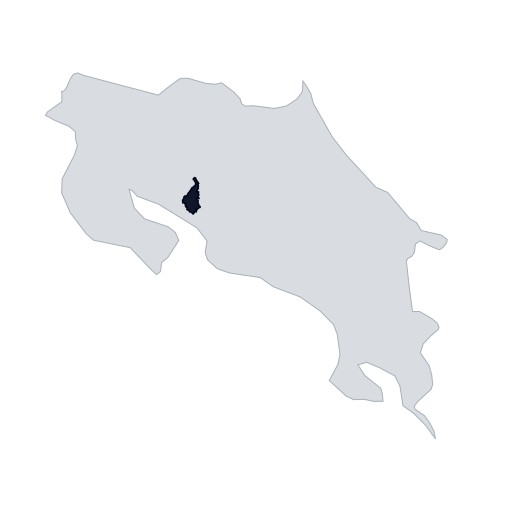 Montes de Oro, Puntarenas, Costa Rica (highlighted), rotated 353°
{"feature_id": "36466004B99490544719136", "entity_name": "Montes de Oro", "entity_type": "district", "adm_level": 2, "iso_a3": "CRI", "parent_name": "Costa Rica", "parent_adm1": "Puntarenas", "projection": "robinson", "projection_center": [-84.712, 10.146], "detail": "fine", "context": "in_parent", "style": "filled", "palette": "ink", "viewbox_px": 512, "rotation_deg": 353, "n_neighbors": 0, "source": "geoboundaries", "source_scale": "gbopen_adm2", "svg_char_len": 5993}
<svg xmlns="http://www.w3.org/2000/svg" viewBox="0 0 512 512"><g transform="rotate(353 256 256)"><path d="M447.8,263.0L447.1,265.4L445.2,267.9L442.3,270.5L438.6,272.2L429.4,267.0L420.5,261.0L415.6,263.7L413.8,271.5L410.5,275.4L406.3,277.0L404.6,279.6L404.3,305.7L404.6,330.3L411.4,330.9L422.7,339.5L427.5,344.5L429.0,349.1L427.6,351.4L419.4,356.8L411.3,363.6L407.3,372.1L414.4,385.8L415.9,395.1L415.7,404.8L413.7,409.5L398.1,420.7L394.7,424.6L395.2,427.4L403.8,435.1L407.9,442.6L411.3,451.6L411.8,459.4L403.9,444.9L393.1,431.1L383.7,422.6L383.0,402.7L379.2,391.9L365.0,382.0L352.9,375.0L343.9,376.4L349.4,387.9L363.7,402.5L364.6,408.1L364.4,415.7L354.6,414.5L345.9,411.4L335.4,410.5L328.4,406.0L313.5,388.5L324.1,373.6L327.4,363.8L327.1,343.4L324.6,333.6L313.2,318.6L295.0,302.1L269.5,288.7L257.5,277.9L227.6,269.6L216.2,264.0L207.4,253.8L206.0,246.5L209.2,235.2L200.9,220.9L165.4,192.6L145.5,182.3L141.2,176.2L138.1,174.3L141.1,193.7L149.8,205.5L172.5,216.4L178.8,222.8L181.3,231.1L168.1,247.0L161.4,251.0L159.4,259.7L155.1,262.3L150.6,257.3L132.2,232.4L96.6,220.5L90.1,213.1L76.9,190.4L70.8,169.6L73.0,155.8L87.7,134.2L92.2,124.8L91.3,119.1L91.8,110.6L86.3,104.6L72.8,96.9L64.2,90.7L66.6,87.6L82.1,79.2L83.1,71.7L83.0,69.2L85.5,68.6L87.8,66.7L89.2,64.6L93.4,57.3L97.1,53.2L101.4,52.6L106.6,55.6L126.1,63.4L147.8,72.1L178.7,84.4L191.5,76.5L202.5,70.5L210.2,71.3L226.8,78.4L236.8,80.6L243.0,79.9L253.6,90.2L259.4,98.0L260.3,103.2L263.6,105.9L271.9,106.6L292.1,111.8L304.5,110.8L315.8,105.2L322.0,98.6L323.9,88.1L326.7,93.3L330.1,101.4L331.6,111.9L346.2,147.0L357.8,166.6L383.3,202.3L394.4,208.9L413.0,237.6L419.4,242.4L423.1,250.9L442.4,257.8L447.8,263.0Z" fill="#d9dde1" stroke="#a8b0b8" stroke-width="1"/><path d="M203.1,172.4L203.3,172.4L203.4,172.2L203.5,172.0L203.8,172.0L204.0,172.2L204.0,172.4L204.0,172.6L204.1,172.8L203.9,173.1L203.8,173.3L204.0,173.8L204.1,174.0L204.3,174.1L204.4,174.5L204.5,174.7L204.7,175.1L204.8,175.1L204.7,175.5L205.0,175.9L205.1,176.1L205.1,176.5L204.8,176.8L204.8,177.0L204.7,177.4L204.6,177.8L204.6,178.1L204.3,178.5L204.1,178.5L203.9,178.8L203.6,179.0L203.4,179.1L203.3,179.3L203.0,179.1L202.8,179.2L202.6,179.4L202.5,179.6L202.4,179.7L202.3,179.8L202.1,179.9L201.8,180.1L201.4,180.2L201.3,180.4L201.1,180.5L201.1,180.8L200.9,180.8L200.7,180.8L200.6,180.7L200.5,180.8L200.4,180.9L200.2,181.0L200.2,181.4L200.0,181.7L199.9,182.0L199.5,182.2L199.4,182.3L199.4,182.5L199.1,182.9L199.0,183.0L198.8,183.2L198.8,183.3L198.6,183.3L198.2,183.4L198.2,183.6L197.8,184.0L197.7,184.3L197.5,184.5L197.3,184.7L197.1,185.0L196.6,185.1L196.4,185.2L196.3,185.5L196.1,185.7L196.0,185.9L195.9,186.0L195.5,186.8L195.4,187.0L195.1,187.3L194.8,187.5L194.4,187.6L194.3,187.8L194.2,187.9L193.7,187.9L193.4,188.0L193.3,187.9L193.1,187.8L193.1,188.0L192.8,188.1L192.6,188.5L192.1,188.8L191.9,188.8L191.8,188.6L191.6,188.6L191.5,188.8L191.7,189.2L191.7,189.4L191.6,189.5L191.4,189.8L191.2,190.0L191.1,190.4L190.9,190.8L190.6,190.9L190.4,191.0L190.2,191.3L190.0,191.6L190.1,191.9L190.0,192.1L189.8,192.3L189.8,192.6L189.8,193.1L189.9,193.3L189.9,193.5L189.9,194.1L190.0,194.4L190.0,194.5L190.4,194.4L190.5,194.2L190.9,194.1L191.2,194.2L191.5,194.4L191.6,194.5L192.0,194.5L192.1,194.8L192.2,195.0L191.9,195.1L191.7,195.2L191.7,195.3L191.8,195.4L192.0,195.6L192.1,195.8L192.1,196.1L192.2,196.4L192.4,196.7L192.4,196.8L192.4,197.1L192.1,197.3L192.0,197.5L192.2,197.8L192.3,198.0L192.2,198.3L192.4,198.6L192.5,198.7L192.6,198.9L192.6,199.0L192.9,199.1L193.0,199.0L193.3,199.2L193.5,199.2L193.5,199.3L193.5,199.5L193.4,199.8L193.4,200.1L193.5,200.2L193.4,200.4L193.3,200.7L193.2,200.9L193.1,201.0L193.0,201.3L193.1,201.5L193.4,201.8L193.9,202.0L194.1,202.1L194.4,202.1L194.5,202.3L194.9,202.7L195.0,203.0L195.5,204.2L195.9,204.3L196.6,204.4L196.8,204.5L197.1,204.6L197.4,204.8L197.5,204.9L197.5,205.3L197.9,205.5L198.0,205.5L198.3,205.9L198.4,206.1L198.4,206.5L198.5,206.6L198.8,206.6L198.9,206.2L199.0,206.1L199.5,206.1L199.7,205.9L199.7,205.7L200.0,205.5L200.1,205.4L200.5,204.9L200.7,204.6L200.8,204.5L200.8,204.4L201.0,204.3L201.3,204.5L201.7,204.7L201.9,204.8L202.0,204.9L202.2,204.7L202.1,204.4L202.3,204.2L202.4,203.8L202.4,203.4L202.3,203.0L202.2,202.9L202.2,202.6L202.3,202.5L202.5,202.5L202.8,202.7L203.1,202.5L203.2,202.3L203.4,202.5L203.5,202.3L203.8,202.2L204.1,201.9L204.4,201.7L204.6,201.7L205.0,201.3L205.4,201.1L205.6,201.1L206.0,201.0L206.3,201.0L206.5,200.8L206.6,200.5L206.6,200.2L206.4,200.2L206.1,199.8L205.9,199.6L205.7,199.3L205.7,199.2L205.7,198.9L205.6,198.6L205.3,198.2L205.3,197.8L205.3,197.6L205.2,197.2L205.1,196.6L205.0,196.3L205.0,196.2L204.9,195.9L204.8,195.7L205.0,195.3L205.2,195.0L205.2,194.9L205.2,194.7L205.2,194.4L205.3,193.9L204.7,193.7L204.6,193.4L204.5,193.1L204.4,192.7L204.2,192.3L204.3,192.2L204.2,191.8L204.2,191.6L204.3,191.3L204.4,191.1L204.9,191.2L205.3,191.6L205.7,191.9L205.9,191.9L206.0,191.9L206.2,192.1L206.3,192.1L206.5,191.9L206.5,191.7L206.4,191.6L206.1,191.4L206.0,191.1L206.1,190.7L205.9,190.2L205.7,189.8L205.7,189.6L205.8,189.4L206.1,189.2L206.4,188.9L206.6,188.7L206.7,188.4L206.7,188.0L206.4,187.7L206.3,187.4L206.4,187.2L206.4,186.9L206.4,186.7L206.5,186.5L206.7,186.4L206.8,185.7L206.7,185.7L206.7,185.4L206.6,185.2L206.4,185.1L206.1,184.9L205.9,184.9L205.2,184.9L204.9,184.8L204.7,184.8L204.7,184.6L205.5,183.6L205.6,183.4L205.8,183.2L206.0,183.0L206.1,182.9L206.3,182.7L206.5,182.6L206.6,182.4L206.8,182.2L207.0,182.0L207.0,181.2L207.0,180.6L207.1,180.2L207.4,179.8L207.4,179.7L207.4,179.4L207.2,179.1L207.2,178.5L207.3,178.4L207.3,178.0L207.3,177.8L207.4,177.5L207.8,177.1L207.4,176.9L207.4,176.4L207.4,176.2L207.5,176.0L207.6,175.9L207.0,175.0L206.9,174.8L206.7,174.7L206.4,174.2L206.2,173.8L206.2,173.6L206.2,173.3L206.1,173.0L206.0,172.8L205.7,172.5L205.6,172.4L205.6,172.2L205.7,171.9L205.6,171.2L205.4,171.1L205.2,171.0L205.1,170.9L204.9,170.8L204.7,170.9L204.5,170.7L204.4,170.7L204.2,170.9L204.1,171.0L203.4,171.5L203.1,171.8L203.1,172.2L203.1,172.4Z" fill="#0f172a" stroke="#020617" stroke-width="1.5"/></g></svg>